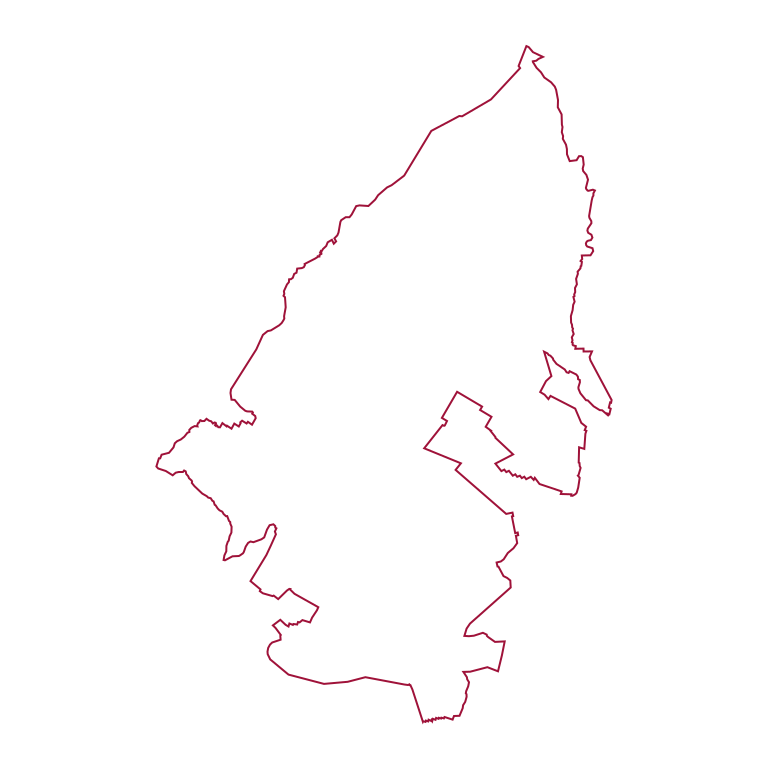 outline of Tepeaca, Puebla, Mexico
{"feature_id": "50627088B65762611280568", "entity_name": "Tepeaca", "entity_type": "district", "adm_level": 2, "iso_a3": "MEX", "parent_name": "Mexico", "parent_adm1": "Puebla", "projection": "robinson", "projection_center": [-97.879, 19.018], "detail": "fine", "context": "isolated", "style": "outline", "palette": "rose", "viewbox_px": 768, "rotation_deg": 0, "n_neighbors": 0, "source": "geoboundaries", "source_scale": "gbopen_adm2", "svg_char_len": 6110}
<svg xmlns="http://www.w3.org/2000/svg" viewBox="0 0 768 768"><path d="M507.8,553.0L513.5,548.2L517.2,543.1L515.9,535.8L518.2,535.2L517.7,532.5L515.2,533.1L511.9,516.4L513.2,516.1L512.5,512.6L506.2,513.9L455.6,469.9L460.9,463.3L424.2,448.3L442.5,425.1L444.1,425.8L444.8,425.5L447.0,421.0L441.9,417.9L457.1,391.8L482.1,406.6L480.1,410.0L491.5,416.8L485.7,426.8L490.8,430.5L490.4,430.7L495.4,437.0L495.4,437.8L513.1,454.4L495.4,463.6L501.4,471.1L504.3,469.6L506.3,472.1L508.9,470.8L512.8,475.7L515.3,474.3L517.2,476.8L519.9,475.7L521.8,478.1L524.3,476.7L526.2,479.2L530.8,476.8L533.7,479.9L534.8,477.8L539.5,484.0L561.6,491.4L560.8,494.0L571.4,494.3L571.2,495.7L572.6,495.8L575.5,494.1L576.7,492.7L578.2,487.6L579.7,477.8L577.9,475.6L578.5,475.1L580.6,467.9L579.7,466.0L579.5,463.0L578.7,462.6L579.1,447.3L584.3,448.9L585.4,433.7L586.4,430.8L584.7,430.1L586.1,426.7L581.3,422.9L575.2,408.6L550.5,395.9L548.4,399.1L544.6,394.7L540.2,392.0L546.0,381.1L551.4,376.1L544.1,351.7L547.5,353.4L548.7,355.0L550.4,355.7L553.0,358.5L553.2,359.7L556.5,363.9L564.8,369.5L566.6,372.3L568.6,372.9L569.6,371.2L576.3,374.5L577.9,376.6L578.1,379.2L579.8,380.0L579.9,382.3L578.4,387.2L578.5,388.9L580.4,393.3L586.0,400.2L587.8,400.4L593.6,406.3L599.7,410.1L602.2,410.3L608.8,416.0L606.9,413.4L609.4,414.1L610.7,408.7L608.8,407.7L610.1,402.4L611.1,402.7L611.6,400.0L590.4,360.3L589.6,357.0L592.0,351.4L583.6,351.5L583.5,348.6L575.3,348.8L575.8,346.1L573.1,345.3L572.6,344.7L572.7,342.8L571.9,342.2L572.5,340.3L571.8,337.3L573.7,334.0L572.5,330.3L573.0,328.7L572.2,327.4L572.0,324.7L571.1,322.6L570.9,316.1L572.6,310.2L573.2,304.8L574.6,301.7L573.4,296.9L574.5,296.1L574.2,294.4L575.2,292.1L575.0,288.0L576.9,284.3L576.1,278.9L577.9,273.8L577.6,271.7L580.4,268.4L580.7,266.2L581.3,265.9L581.9,261.9L580.6,261.0L582.2,259.0L581.8,255.5L590.5,255.3L593.2,251.1L592.5,248.2L587.2,246.5L586.2,245.2L585.9,243.3L586.8,241.5L588.1,240.7L590.9,240.1L592.4,237.6L591.4,234.7L588.2,232.8L587.4,230.6L587.8,228.6L591.4,223.2L591.3,221.1L589.4,217.8L589.1,216.0L591.7,200.5L592.5,197.1L593.4,195.6L593.4,193.3L594.9,190.5L592.9,189.7L588.5,190.8L587.6,190.6L586.2,188.9L585.9,187.9L588.0,179.7L586.4,174.9L583.2,171.1L582.7,168.6L583.7,164.6L582.9,157.2L581.2,156.1L579.0,156.2L576.6,160.2L569.7,161.1L567.0,154.3L566.9,149.0L566.0,144.7L562.8,138.8L563.1,136.1L561.8,132.2L562.5,127.0L561.9,124.7L561.6,114.4L557.8,107.3L558.0,100.0L556.1,89.8L554.8,86.6L551.1,82.3L544.3,77.5L541.0,72.3L536.6,67.9L532.9,62.0L532.8,61.3L536.3,60.7L538.5,58.9L542.9,56.9L533.0,52.2L528.7,47.1L526.4,46.1L518.6,66.0L520.1,68.1L491.0,99.4L462.1,116.3L459.3,116.0L431.3,130.9L404.2,175.6L391.6,185.2L387.1,187.4L378.1,195.2L375.2,199.6L368.4,206.0L359.5,205.4L356.2,206.1L351.7,214.5L349.5,217.2L345.7,217.2L341.2,220.2L340.4,221.9L338.5,232.6L337.3,235.4L334.4,238.3L336.1,241.4L333.8,243.7L331.9,239.8L327.7,242.3L326.2,246.0L323.0,249.0L321.4,251.6L320.8,251.1L320.1,252.6L321.4,253.3L321.4,253.9L319.6,254.9L319.4,256.5L317.8,256.3L317.8,256.9L315.1,258.6L304.6,264.0L304.9,265.1L303.8,267.2L301.8,268.1L297.2,268.6L296.5,272.7L294.2,273.9L292.8,277.8L290.9,279.2L289.1,279.3L288.9,282.2L287.0,284.4L283.9,291.2L284.3,293.9L283.5,295.8L285.0,297.2L285.7,307.3L284.1,316.2L284.3,318.6L283.6,320.0L281.7,323.0L279.2,325.3L270.9,330.4L267.6,331.1L262.9,334.9L256.3,349.4L231.0,389.3L230.5,393.0L231.5,399.7L234.7,399.9L240.2,406.6L245.3,410.8L247.1,411.4L252.2,411.6L252.9,412.5L252.2,413.7L255.2,416.0L255.7,418.2L252.0,424.7L247.9,421.8L246.6,423.5L242.1,420.7L240.3,422.3L240.6,423.2L238.8,426.5L234.3,423.6L231.5,428.7L227.0,425.7L226.6,426.4L222.4,423.1L220.0,427.3L218.3,427.2L217.2,425.6L215.7,424.7L215.6,425.7L215.0,425.2L216.0,423.4L215.7,422.8L214.4,422.5L212.9,423.5L211.2,421.3L209.1,420.7L206.5,418.8L204.4,421.0L201.8,421.1L200.6,420.2L200.0,420.4L199.1,422.5L198.0,423.2L197.2,425.4L197.5,426.4L194.6,426.1L191.3,427.8L189.3,429.9L189.4,432.0L187.4,432.8L184.3,436.7L180.8,439.5L177.1,441.2L174.8,443.3L173.5,447.4L169.0,452.8L161.6,454.7L160.2,458.3L158.9,458.3L156.4,466.5L158.2,468.5L165.8,471.0L172.7,475.3L175.7,472.7L178.7,472.0L182.9,472.0L184.1,470.5L185.7,471.4L186.3,474.1L188.2,476.2L189.0,478.2L191.7,480.6L192.1,481.8L191.8,482.9L194.5,486.2L202.3,493.6L206.8,496.2L208.2,497.6L210.7,498.2L212.4,500.8L213.6,501.4L214.7,504.8L215.6,505.3L217.7,508.5L219.5,510.3L222.3,511.7L223.6,514.0L226.0,516.2L227.2,516.1L229.0,520.9L230.2,522.0L230.3,523.7L231.6,526.7L231.4,532.6L229.6,536.3L228.7,540.7L227.8,541.7L226.4,545.9L226.3,551.3L224.4,555.4L223.6,560.0L225.0,560.3L232.5,556.3L238.9,556.0L240.0,555.4L243.0,553.3L243.8,552.0L245.7,546.6L248.1,542.9L250.5,541.5L253.4,542.2L261.4,539.3L264.2,537.4L267.0,529.6L269.6,525.2L273.4,524.3L275.2,526.0L275.3,527.6L276.4,528.3L274.9,531.5L275.9,534.3L270.9,545.4L266.4,555.0L250.5,581.1L260.5,589.4L259.8,591.1L262.9,593.3L272.6,596.1L273.7,595.6L278.2,599.1L287.0,590.5L289.3,588.9L290.1,589.0L289.9,589.3L294.5,593.8L318.3,607.2L317.0,610.2L312.1,617.6L310.0,622.4L302.4,620.1L299.6,622.4L298.0,622.0L297.2,624.5L293.4,624.0L292.9,624.9L289.4,623.5L288.5,626.5L285.6,624.8L280.3,619.8L272.9,625.4L275.5,627.9L280.8,635.0L280.3,635.7L280.6,639.7L272.2,642.5L270.0,644.6L268.2,647.9L267.5,651.6L267.7,654.2L270.2,659.4L288.5,674.6L324.0,683.9L347.7,681.8L365.4,677.2L404.3,684.5L408.0,685.0L409.3,684.4L409.6,685.1L410.4,685.1L412.4,689.5L422.9,721.8L423.2,721.2L425.5,721.9L425.9,720.6L428.2,721.4L428.6,719.7L431.1,720.9L431.5,720.0L432.2,721.2L432.9,718.8L435.5,719.8L436.1,717.9L438.5,718.8L438.8,717.8L441.1,718.5L441.4,717.7L443.9,718.4L444.5,717.0L452.6,719.6L454.0,716.0L459.5,715.8L462.7,708.2L463.1,705.2L465.2,701.9L466.6,696.8L466.5,694.2L465.8,693.3L466.2,691.1L468.2,686.3L469.0,682.2L467.2,679.3L466.9,677.2L463.4,671.9L470.2,671.7L487.4,667.2L498.0,671.3L501.9,655.4L504.7,641.4L495.0,641.9L488.2,637.1L486.9,635.9L486.7,634.6L482.9,632.8L473.9,635.7L468.9,636.2L464.4,635.9L466.6,628.6L470.0,623.6L510.7,587.5L510.3,580.5L507.1,577.9L503.5,576.1L498.5,566.7L497.5,566.5L496.6,562.5L500.8,561.5L503.7,559.3L507.8,553.0Z" fill="none" stroke="#9f1239" stroke-width="2"/></svg>